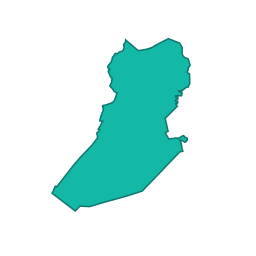 Murmastienes pag., Varaklanu, Latvia, rotated 309°
{"feature_id": "27541924B78395496310678", "entity_name": "Murmastienes pag.", "entity_type": "district", "adm_level": 2, "iso_a3": "LVA", "parent_name": "Latvia", "parent_adm1": "Varaklanu", "projection": "orthographic", "projection_center": [26.628, 56.654], "detail": "fine", "context": "isolated", "style": "filled", "palette": "teal", "viewbox_px": 256, "rotation_deg": 309, "n_neighbors": 0, "source": "geoboundaries", "source_scale": "gbopen_adm2", "svg_char_len": 5131}
<svg xmlns="http://www.w3.org/2000/svg" viewBox="0 0 256 256"><g transform="rotate(309 128 128)"><path d="M222.8,103.1L219.4,101.8L219.6,101.7L211.1,98.0L208.5,96.9L208.4,97.1L205.5,95.8L205.2,95.7L204.3,95.3L204.4,95.1L202.9,94.4L201.7,93.3L201.3,93.2L200.0,92.1L199.2,91.4L197.8,90.2L196.9,89.4L196.2,88.8L195.5,88.2L195.1,87.8L195.0,87.7L194.9,87.6L194.7,86.9L194.5,86.6L194.8,79.5L194.8,75.5L195.0,70.7L193.8,71.5L193.4,71.8L193.1,71.9L193.0,72.0L192.6,72.0L192.1,72.0L191.5,72.0L191.4,72.1L191.1,72.0L190.8,72.0L190.5,72.0L190.3,72.1L190.2,72.1L189.8,72.3L189.2,73.0L188.5,73.9L188.2,74.3L187.9,74.5L187.3,74.7L186.9,74.8L186.7,74.8L186.3,75.0L185.8,75.1L185.5,75.1L185.1,75.2L184.8,75.3L184.5,75.3L184.3,75.2L184.1,75.2L183.6,74.8L182.3,73.9L182.0,73.7L181.8,73.6L181.4,73.4L181.0,73.3L180.1,73.2L179.4,73.1L179.0,73.1L178.8,72.9L178.6,72.6L178.5,72.3L178.4,71.8L178.3,71.5L178.2,71.4L177.9,71.2L177.7,71.1L177.3,71.1L176.9,71.2L176.3,71.3L175.6,71.4L175.0,71.5L174.7,71.5L174.2,71.5L173.3,71.5L173.0,71.5L172.6,71.6L172.2,71.9L171.7,72.4L171.4,72.4L170.8,72.5L170.5,72.6L170.3,72.7L170.0,72.9L169.7,73.1L169.4,73.3L169.0,73.3L168.9,73.3L166.7,73.4L164.5,73.4L163.8,73.4L163.4,73.5L163.2,73.5L162.9,73.7L162.7,73.9L162.2,74.5L162.0,75.0L161.8,75.5L161.9,75.9L162.1,76.5L162.1,76.8L161.9,77.1L161.7,77.2L161.1,76.9L160.4,76.7L160.1,76.8L159.9,76.8L159.6,77.0L159.4,77.2L159.1,77.7L159.0,78.0L158.8,78.6L158.6,78.7L158.3,79.3L157.6,80.6L157.2,81.3L156.4,83.2L156.4,83.5L156.6,84.0L156.6,84.3L156.7,84.5L156.5,84.9L156.2,85.1L155.5,85.1L154.9,85.0L154.7,85.3L154.4,85.7L154.1,86.2L153.8,86.3L153.3,86.4L153.0,86.5L152.8,86.6L152.3,86.7L151.7,86.8L151.3,86.9L150.8,87.1L150.2,87.2L149.4,87.4L149.3,87.5L149.2,87.5L149.2,87.8L148.5,92.0L148.4,92.3L148.4,92.5L147.7,94.3L147.8,94.5L148.0,96.5L148.0,96.8L148.0,97.0L148.2,97.4L148.3,97.5L148.2,97.5L145.1,98.6L144.8,98.7L144.0,99.0L143.7,99.1L143.2,99.3L141.0,100.1L140.7,100.1L140.3,100.1L139.8,100.1L139.3,100.0L137.9,99.9L137.7,99.7L137.6,99.8L136.7,99.3L136.3,99.0L135.8,98.7L135.6,98.5L134.4,97.8L131.0,95.6L130.2,95.0L130.1,94.7L129.9,94.8L129.9,94.7L129.2,94.3L127.9,95.8L127.1,96.8L126.1,97.5L125.7,97.7L124.5,98.1L124.0,98.3L123.1,98.5L122.4,98.8L119.9,99.6L119.2,99.9L117.7,100.7L117.5,100.8L117.3,100.8L115.8,101.7L116.4,102.7L117.3,104.0L112.0,105.1L110.4,105.3L109.8,105.4L108.3,105.6L108.8,107.4L104.4,106.9L104.4,107.0L102.4,109.3L101.4,110.5L92.0,110.8L75.2,109.4L71.0,109.3L66.8,109.1L62.6,109.1L58.4,109.2L54.2,109.3L37.2,109.6L37.4,108.5L36.4,108.1L35.3,108.5L35.1,108.6L34.6,108.8L33.9,109.0L31.9,109.7L30.6,109.6L29.5,110.1L30.3,139.3L37.0,139.8L37.9,141.0L40.2,144.1L42.7,147.6L54.7,155.8L64.9,163.1L75.2,170.4L87.8,178.7L93.9,179.2L98.1,179.6L108.6,180.5L121.0,181.5L131.5,182.4L142.0,183.3L144.4,185.3L144.6,185.2L145.5,183.5L149.5,179.1L150.3,178.2L151.1,175.9L152.0,177.2L152.3,178.0L152.7,181.2L154.3,181.8L155.4,181.4L155.8,181.6L157.1,180.7L157.2,179.9L157.1,179.3L156.9,178.2L156.8,177.8L157.1,176.6L156.8,175.5L155.1,175.1L153.2,174.2L153.1,174.3L151.3,173.2L150.8,172.6L151.0,172.5L150.7,172.1L150.4,171.4L149.8,171.0L147.0,168.4L146.4,167.8L145.2,166.6L146.3,163.6L147.0,161.8L148.1,159.8L150.6,161.3L151.5,160.1L152.3,159.1L153.9,157.2L154.5,156.4L155.4,155.2L157.7,152.4L157.9,152.1L158.5,151.5L158.9,150.8L159.0,150.8L161.5,151.1L161.9,151.2L163.6,151.3L168.0,151.8L168.7,151.9L169.2,151.6L169.8,152.0L173.2,152.3L174.9,152.5L175.7,152.6L175.6,152.4L175.6,152.1L175.6,151.9L177.3,150.9L176.6,150.2L176.9,149.8L178.9,150.8L180.0,150.0L180.0,149.9L179.9,149.5L179.0,148.9L178.8,148.0L179.0,147.4L179.5,147.6L180.5,147.7L180.8,148.1L181.2,148.0L182.0,147.7L182.2,148.0L182.2,148.3L182.8,147.8L183.2,147.4L183.4,147.3L183.5,146.9L183.5,146.6L182.9,145.9L182.3,145.8L182.0,145.8L182.2,145.5L182.9,144.8L183.0,144.7L183.6,145.1L183.7,145.3L183.8,145.4L184.6,146.6L185.2,147.3L186.2,148.6L186.3,148.8L186.4,149.1L186.5,149.1L186.8,149.2L187.9,148.8L189.4,148.0L189.4,147.9L189.1,146.8L189.8,146.6L189.1,146.0L188.5,145.3L188.4,144.9L188.4,144.6L188.7,144.3L188.7,144.2L188.8,144.3L189.7,145.1L190.0,145.5L190.6,146.1L191.2,146.6L191.8,146.4L192.5,147.1L193.1,147.1L194.2,147.1L194.3,147.1L196.1,147.8L196.6,148.0L196.9,148.2L197.9,149.1L198.4,148.8L199.3,148.5L201.3,148.1L201.7,147.8L203.8,146.0L204.3,145.6L204.5,145.5L205.3,144.8L206.7,143.5L208.7,141.8L208.8,141.6L208.7,141.1L208.4,139.3L208.5,139.1L208.9,138.7L209.0,138.7L209.9,138.6L210.5,138.5L210.6,138.4L212.3,137.2L212.5,137.2L213.1,137.0L213.5,137.0L215.0,136.9L215.7,136.9L215.8,136.8L216.0,136.7L216.2,136.3L216.6,135.7L217.1,134.9L218.4,133.1L219.1,131.9L219.6,131.0L219.6,130.8L218.8,128.8L218.6,128.3L218.4,127.6L218.4,127.4L218.7,125.2L219.0,124.6L219.2,124.3L219.8,123.2L220.1,123.0L220.7,122.4L220.9,122.3L221.5,121.9L222.8,120.9L223.3,120.5L223.5,120.4L224.0,120.1L224.3,119.9L224.4,119.7L224.7,119.1L226.2,115.5L226.3,115.3L226.5,114.9L226.5,114.7L226.4,114.3L226.3,114.0L225.7,112.2L225.6,111.8L224.6,108.9L224.6,108.7L224.5,108.4L224.4,108.0L224.1,107.1L223.8,106.2L223.5,105.2L223.1,104.2L222.8,103.2L222.8,103.1Z" fill="#14b8a6" stroke="#0f766e" stroke-width="1.5"/></g></svg>